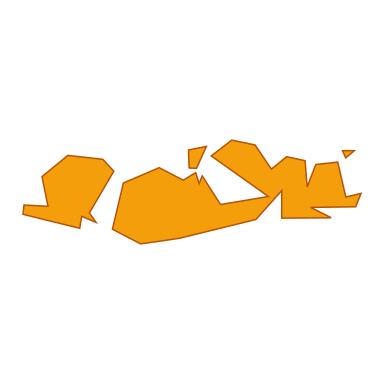 SVG path tracing the border of Nusa Tenggara Barat
{"feature_id": "IDN-555", "entity_name": "Nusa Tenggara Barat", "entity_type": "Province", "adm_level": 1, "iso_a3": "IDN", "parent_name": "Indonesia", "parent_adm1": "", "projection": "mercator", "projection_center": [117.655, -8.595], "detail": "coarse", "context": "isolated", "style": "filled", "palette": "amber", "viewbox_px": 384, "rotation_deg": 0, "n_neighbors": 0, "source": "natural_earth", "source_scale": "10m", "svg_char_len": 726}
<svg xmlns="http://www.w3.org/2000/svg" viewBox="0 0 384 384"><path d="M361.0,193.4L355.7,206.8L310.6,207.4L331.3,217.8L281.7,218.1L281.7,190.6L255.9,219.5L178.7,238.4L140.6,243.9L112.4,229.2L123.4,183.0L159.2,167.7L183.2,180.2L195.7,172.6L199.1,183.7L202.2,175.9L220.5,204.5L268.4,196.5L211.2,155.9L231.8,140.1L255.1,145.0L271.4,169.1L286.6,156.7L305.1,160.7L307.1,187.0L315.8,164.5L337.7,162.1L345.8,197.0L361.0,193.4ZM102.8,159.3L113.8,171.2L89.4,212.9L96.0,222.4L81.7,216.3L79.7,228.3L23.0,214.3L24.0,205.0L48.0,206.3L42.0,176.6L67.9,155.4L102.8,159.3ZM206.4,146.4L196.5,168.3L189.1,168.0L188.5,150.0L206.4,146.4ZM342.5,150.7L354.3,150.7L345.7,157.9L342.5,150.7Z" fill="#f59e0b" stroke="#b45309" stroke-width="1.5"/></svg>